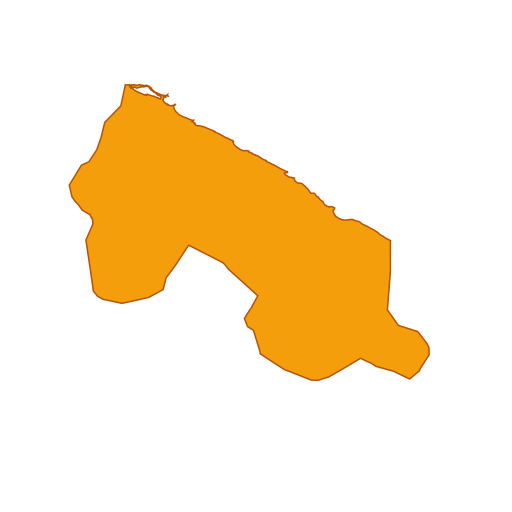 Al Makha, Ta`izz, Yemen (Equal Earth projection), rotated 116°
{"feature_id": "15242507B68807574850563", "entity_name": "Al Makha", "entity_type": "district", "adm_level": 2, "iso_a3": "YEM", "parent_name": "Yemen", "parent_adm1": "Ta`izz", "projection": "equal_earth", "projection_center": [43.297, 13.522], "detail": "fine", "context": "isolated", "style": "filled", "palette": "amber", "viewbox_px": 512, "rotation_deg": 116, "n_neighbors": 0, "source": "geoboundaries", "source_scale": "gbopen_adm2", "svg_char_len": 5969}
<svg xmlns="http://www.w3.org/2000/svg" viewBox="0 0 512 512"><g transform="rotate(116 256 256)"><path d="M342.1,208.9L342.2,208.3L345.6,181.1L343.3,151.9L340.4,145.6L332.9,137.7L320.9,129.5L302.1,117.2L302.1,109.6L301.8,106.3L302.6,99.7L299.3,82.0L299.2,64.0L287.5,58.8L285.0,59.0L268.8,57.1L262.8,60.2L259.8,63.8L253.0,77.6L256.0,97.6L246.8,114.3L210.5,128.6L184.1,141.5L183.2,141.8L183.2,143.6L183.1,145.9L183.2,147.8L182.8,149.3L182.5,150.7L182.6,151.4L182.4,154.1L181.6,156.3L180.8,162.1L181.0,163.2L180.8,164.8L180.9,166.3L180.7,167.2L180.6,169.2L180.6,171.7L180.7,173.0L180.6,175.3L180.0,176.9L180.0,178.9L180.2,179.5L180.3,180.3L180.9,183.6L180.8,184.8L180.8,185.2L181.6,186.8L184.2,190.8L185.0,192.2L185.7,194.9L185.8,197.1L186.0,198.2L185.6,199.6L185.6,201.2L184.8,202.8L183.9,204.2L183.0,205.5L181.3,206.7L180.9,206.6L179.6,205.9L178.9,206.1L178.2,206.5L178.3,206.9L178.3,209.5L179.1,210.7L179.1,211.0L179.4,211.1L179.6,211.3L180.0,212.8L180.1,214.1L179.9,215.6L179.9,216.6L179.5,217.4L178.9,218.5L177.9,219.5L177.7,219.9L177.8,220.5L177.2,223.1L176.4,225.0L176.1,225.3L175.8,225.4L175.7,225.9L175.9,226.5L175.9,227.0L175.4,228.6L174.2,230.5L174.2,231.5L174.6,232.4L175.2,233.3L175.5,234.2L173.4,238.6L173.0,238.9L172.8,239.2L172.8,240.4L172.6,240.9L172.4,241.0L172.2,241.3L171.7,242.7L171.5,244.1L170.8,246.3L170.8,247.1L171.6,249.3L172.0,250.7L172.0,251.3L171.8,252.5L171.4,253.9L170.5,255.0L169.6,255.4L169.1,255.5L169.2,256.0L169.5,256.7L169.8,258.9L170.5,260.2L170.3,263.9L170.2,265.2L169.5,266.3L169.0,266.7L168.4,266.3L167.5,264.5L166.9,264.3L166.3,264.8L166.8,266.2L166.7,268.5L166.8,269.2L166.8,271.2L166.7,273.7L166.6,274.1L166.4,278.1L166.5,278.6L166.4,279.2L166.2,279.6L166.5,281.7L166.3,284.6L166.5,287.3L166.3,288.3L165.9,288.3L165.9,288.9L165.7,289.2L165.8,289.5L166.1,291.7L165.5,296.0L165.2,298.8L165.4,299.8L165.8,300.6L165.6,300.9L165.4,300.9L165.4,301.0L165.4,301.7L165.6,302.2L165.8,303.3L165.6,303.5L165.4,304.1L165.3,304.9L165.5,305.6L165.4,305.9L165.6,307.0L165.7,307.8L165.1,307.9L164.9,308.3L164.9,309.0L165.3,310.7L166.7,312.8L167.0,314.1L167.2,315.5L167.3,316.9L166.9,317.6L166.7,319.7L166.6,321.0L166.2,322.6L165.6,324.4L164.4,325.8L163.4,326.7L163.0,326.5L162.9,327.2L162.3,327.5L162.7,329.1L162.6,330.4L162.7,331.8L162.6,333.5L162.9,335.8L162.6,337.8L162.6,338.9L162.4,341.6L162.4,343.8L162.6,346.5L162.5,346.9L162.5,347.2L162.3,347.3L162.4,347.8L162.3,348.2L162.1,348.2L162.1,348.6L162.5,354.3L162.6,355.6L162.6,357.6L162.7,358.6L163.0,360.4L163.3,361.7L163.8,364.0L164.5,365.5L164.6,366.5L164.7,367.6L164.6,368.0L164.5,368.4L164.1,369.2L163.4,369.0L163.3,369.4L163.4,370.0L163.1,371.5L162.9,371.9L161.7,371.6L162.7,371.9L163.0,372.0L163.2,371.8L163.1,372.0L163.2,372.3L162.1,371.9L161.5,371.8L161.4,371.5L161.3,371.4L161.2,371.4L161.4,371.8L161.6,371.9L161.8,372.3L162.0,373.3L162.2,374.2L162.3,376.0L162.4,379.4L162.6,380.6L162.6,381.0L162.8,382.5L162.8,383.4L162.8,385.0L162.7,387.4L161.3,391.4L160.6,392.7L159.1,394.6L157.5,395.6L157.1,395.7L156.9,395.6L156.2,395.4L156.0,395.2L155.5,395.0L155.4,394.9L155.2,394.8L155.1,395.0L155.2,395.3L155.3,395.3L155.5,395.1L155.8,395.2L156.2,396.0L156.5,396.1L157.3,396.9L158.0,397.8L158.4,398.5L158.6,399.3L158.7,400.7L158.4,401.1L158.5,401.4L158.5,401.7L158.4,401.8L158.4,402.3L158.5,402.3L158.4,402.4L158.7,402.6L158.6,403.2L158.3,404.9L157.8,406.2L157.7,406.5L157.1,407.5L156.5,408.2L156.1,408.0L155.6,408.1L155.0,408.0L153.8,408.5L153.4,409.0L153.1,409.1L152.9,407.3L153.0,407.2L152.9,406.9L152.7,406.8L152.6,407.6L152.8,407.6L152.8,407.8L152.0,407.9L151.7,407.9L151.4,407.5L151.0,406.7L150.9,406.3L150.9,405.4L150.8,404.9L150.7,405.0L150.8,405.5L150.7,405.9L150.5,406.2L150.0,406.3L150.3,406.4L150.7,406.7L151.2,407.4L151.9,408.4L151.9,408.9L151.9,409.0L152.4,410.4L152.7,412.4L152.8,414.5L152.8,416.9L152.9,417.5L152.9,418.5L152.7,419.7L152.4,421.0L151.5,423.3L151.4,423.4L150.9,424.0L150.7,424.7L150.6,425.9L150.4,426.3L150.5,426.6L150.3,426.9L150.4,427.2L150.6,427.7L150.5,428.1L150.4,428.4L150.5,428.5L150.6,428.9L150.6,429.2L151.5,430.6L151.9,431.1L152.2,431.8L152.2,432.0L152.0,432.7L152.3,433.3L152.6,433.5L153.2,434.5L152.9,435.2L153.1,435.7L153.1,436.1L154.0,436.9L154.4,437.0L154.6,437.3L154.9,437.8L155.0,438.1L154.9,438.4L155.0,438.7L155.4,439.2L155.3,439.7L155.6,440.4L155.4,440.8L155.7,440.9L156.3,441.9L156.4,442.3L156.7,442.7L156.8,443.2L157.4,443.1L158.4,442.1L158.6,441.0L157.3,438.7L157.5,437.6L157.4,436.8L154.0,432.8L153.3,431.1L151.7,429.3L150.7,427.0L151.3,426.1L151.5,425.8L151.6,425.7L151.6,425.2L151.9,425.0L151.9,424.7L152.1,424.2L152.4,424.0L152.6,423.6L152.6,423.3L152.8,423.1L152.9,422.9L152.9,422.7L152.9,422.2L152.6,421.8L153.1,421.4L153.2,420.8L153.4,420.2L153.4,418.5L153.4,417.8L153.6,417.5L153.8,417.1L153.7,416.9L154.1,416.0L154.2,415.6L154.2,415.1L154.4,414.9L154.4,413.2L154.2,412.2L154.2,411.5L154.4,411.4L154.6,411.2L155.5,410.9L155.9,410.8L156.8,410.8L157.0,410.9L157.0,411.1L156.8,413.2L157.1,414.3L157.0,414.5L157.2,416.1L157.2,417.1L157.1,417.4L157.2,418.1L157.6,418.9L157.7,419.4L157.7,420.4L157.9,421.0L158.2,424.7L159.0,424.7L159.3,425.8L159.5,425.8L159.5,425.4L159.7,425.2L160.0,426.2L160.0,427.1L160.2,427.8L160.1,429.0L160.3,431.1L160.3,433.8L160.5,435.3L160.0,439.5L159.7,439.6L159.5,441.0L159.8,441.2L159.8,442.1L159.6,442.4L159.5,442.6L159.5,443.3L159.1,443.6L158.9,444.0L158.6,443.9L158.0,444.4L157.9,444.8L157.6,444.9L157.7,445.2L159.0,447.1L159.3,447.7L159.2,448.0L159.3,448.5L180.4,443.3L202.2,450.5L217.5,447.2L230.1,445.7L231.0,445.8L244.6,447.5L250.8,452.7L274.2,454.9L283.5,447.3L285.7,443.5L287.9,437.9L291.0,432.2L291.6,423.3L294.1,420.4L294.0,419.5L298.7,416.6L316.3,415.8L345.0,396.1L358.8,386.8L361.6,380.7L362.0,374.6L357.3,355.7L340.4,334.4L326.9,324.8L314.9,327.2L300.1,324.4L275.8,321.3L276.5,283.4L277.2,280.6L279.9,275.1L291.0,236.9L302.2,237.5L303.6,237.4L311.6,238.5L317.3,239.0L323.2,232.5L323.8,226.5L323.8,225.8L342.0,208.8L342.1,208.9Z" fill="#f59e0b" stroke="#b45309" stroke-width="1.5"/></g></svg>